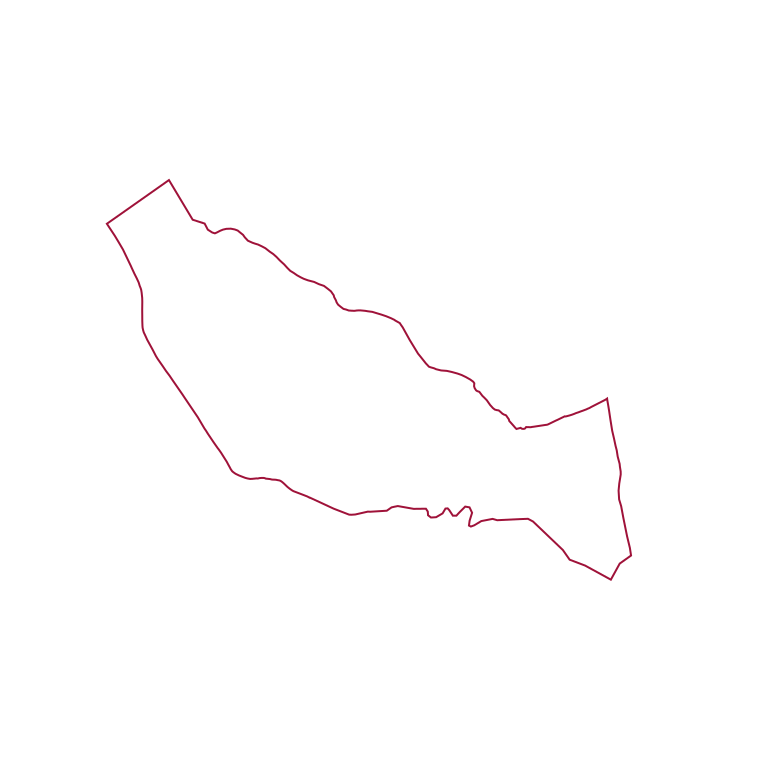 the district of Barat Al Anan, Al Jawf, Yemen, rotated 235°
{"feature_id": "15242507B41587860828990", "entity_name": "Barat Al Anan", "entity_type": "district", "adm_level": 2, "iso_a3": "YEM", "parent_name": "Yemen", "parent_adm1": "Al Jawf", "projection": "albers", "projection_center": [44.512, 16.865], "detail": "fine", "context": "isolated", "style": "outline", "palette": "rose", "viewbox_px": 768, "rotation_deg": 235, "n_neighbors": 0, "source": "geoboundaries", "source_scale": "gbopen_adm2", "svg_char_len": 4112}
<svg xmlns="http://www.w3.org/2000/svg" viewBox="0 0 768 768"><g transform="rotate(235 384 384)"><path d="M674.2,248.9L659.8,248.5L652.5,248.0L643.8,247.3L625.6,244.3L624.2,244.0L617.4,242.8L612.5,242.1L608.0,241.3L607.0,241.0L604.6,240.2L602.0,239.6L600.4,239.1L597.9,237.9L593.2,235.3L589.9,233.1L583.5,228.5L578.4,225.0L574.2,222.1L570.2,219.5L568.5,218.5L566.1,217.5L564.0,216.8L560.9,216.3L556.1,215.4L551.5,214.9L544.3,214.1L537.7,213.2L534.3,213.0L525.8,213.0L519.7,212.9L513.8,213.1L507.7,213.0L490.8,212.9L487.1,212.8L463.5,212.4L450.5,211.4L447.9,211.4L444.4,211.2L434.1,211.0L432.0,211.0L427.3,211.0L426.5,211.0L425.3,211.1L421.1,211.1L414.9,210.8L410.5,210.6L407.3,210.2L404.4,209.9L402.1,209.6L400.9,209.6L399.6,209.6L398.1,210.0L395.6,210.9L392.2,212.8L389.2,214.8L386.7,216.5L384.8,218.1L383.4,219.5L383.1,219.8L382.1,221.3L379.8,225.4L379.0,226.4L378.3,228.1L377.3,229.8L376.1,231.5L375.2,232.4L374.4,232.8L373.0,234.4L371.5,236.1L370.0,237.4L369.3,238.3L367.6,240.5L366.4,241.6L364.9,243.1L363.9,243.7L362.7,244.2L360.5,244.8L358.6,245.2L357.0,245.5L355.0,245.9L352.6,246.6L350.9,247.2L349.3,247.8L348.1,248.4L345.3,250.3L339.7,254.1L335.8,256.7L333.6,257.8L333.6,258.0L310.7,271.3L297.0,280.5L295.6,282.3L293.6,285.6L288.7,297.6L287.3,299.4L278.6,313.6L278.6,319.4L277.3,322.6L277.1,323.0L276.1,325.3L267.1,334.3L264.7,336.7L257.8,346.8L254.4,346.7L251.2,344.8L247.7,345.9L246.7,347.5L245.0,350.3L244.4,357.8L246.7,362.9L245.6,364.8L243.4,365.1L236.6,364.9L234.6,367.8L235.1,369.9L235.7,372.8L237.0,380.2L233.9,383.3L228.0,382.3L222.9,375.7L219.3,372.4L217.4,373.4L216.5,376.8L215.9,385.1L211.2,395.6L207.5,398.6L195.5,417.6L191.0,424.6L185.9,427.2L162.9,431.8L146.4,435.1L145.5,435.3L133.6,435.3L120.2,444.4L120.1,444.5L93.6,457.6L98.8,468.2L101.7,474.1L101.8,488.0L108.7,491.4L119.9,495.8L137.1,503.3L147.9,508.2L154.6,510.4L162.1,515.0L167.5,519.6L171.1,523.1L174.1,526.0L176.6,527.7L180.9,529.8L183.4,531.2L190.5,533.8L196.2,536.6L200.5,538.2L207.1,541.0L214.8,544.1L224.7,548.9L233.3,553.2L238.5,555.7L242.6,557.6L244.1,558.4L244.1,556.5L246.0,542.8L246.3,540.7L246.5,538.5L247.0,536.3L247.1,535.4L247.5,533.9L248.0,531.9L248.7,529.4L249.2,527.4L249.3,527.0L250.0,524.7L250.5,522.4L251.1,520.2L251.8,518.0L252.7,515.5L253.2,514.2L253.9,513.4L254.1,511.7L254.2,511.3L255.2,505.0L255.3,504.7L255.5,503.5L256.5,497.2L256.9,494.8L257.3,493.8L257.9,492.7L263.2,482.0L264.0,480.5L264.0,480.4L264.3,479.7L264.6,479.2L267.2,475.7L266.7,474.2L266.8,473.5L266.8,473.4L266.9,473.1L267.2,472.6L267.6,472.0L268.2,471.4L268.6,471.1L269.7,470.8L271.2,466.7L273.7,466.3L274.3,466.3L279.5,465.7L281.8,465.4L283.5,466.0L288.2,466.0L288.7,465.8L289.4,465.3L290.0,464.8L290.8,464.5L291.6,464.0L292.7,463.8L295.2,463.2L296.6,462.8L297.9,461.4L299.5,460.1L301.2,459.6L301.8,459.4L304.4,459.1L305.8,458.9L306.9,458.9L307.6,458.9L308.3,458.9L311.7,458.9L315.4,458.3L317.9,457.8L322.9,457.6L324.7,456.3L325.4,456.0L326.0,455.8L328.6,455.9L329.8,456.3L330.5,456.5L332.8,458.4L334.7,458.4L338.2,457.2L342.8,455.0L346.9,452.7L350.4,450.2L355.0,446.4L358.7,443.0L362.4,438.5L366.3,435.1L367.2,434.6L368.2,434.0L371.0,431.7L372.5,430.7L374.3,430.5L376.9,430.1L385.3,429.6L389.4,429.3L405.2,430.3L419.7,431.8L423.3,431.8L424.8,431.9L429.8,429.5L430.4,429.4L434.0,427.4L438.2,424.7L442.3,421.7L446.1,418.7L449.8,415.8L452.9,412.4L454.5,410.8L455.8,409.3L458.0,406.7L459.7,404.1L460.8,401.9L462.6,399.5L462.8,399.3L464.4,397.3L466.8,395.6L468.5,394.1L468.7,393.9L472.1,392.8L475.3,391.9L478.0,392.0L480.2,392.6L483.7,393.0L485.5,393.7L487.9,393.7L490.3,393.7L493.8,392.7L498.8,391.1L502.9,388.1L503.2,387.9L507.7,385.3L512.5,381.2L516.2,378.6L519.1,377.0L523.0,375.1L526.6,373.8L530.5,372.1L534.5,371.4L539.3,370.8L542.4,370.1L545.2,369.5L549.8,368.8L554.0,367.8L558.0,366.3L563.3,364.7L567.0,362.8L570.5,360.8L572.9,358.9L575.1,357.3L577.6,355.8L579.5,354.7L584.1,354.1L587.0,354.1L590.7,353.0L593.6,352.2L596.2,350.4L599.1,347.6L601.5,343.9L602.8,340.7L603.5,337.6L604.0,333.9L604.4,331.9L606.6,330.2L611.5,328.2L618.3,329.1L628.3,321.5L674.4,324.8L674.2,248.9Z" fill="none" stroke="#9f1239" stroke-width="2"/></g></svg>